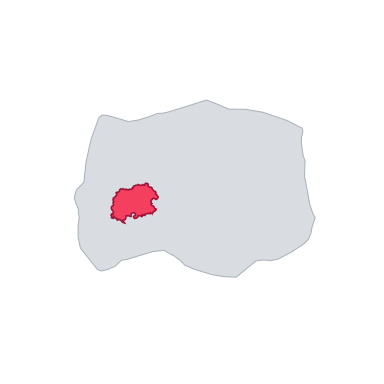 Qhoasing, Mohale's Hoek, Lesotho (highlighted), rotated 41°
{"feature_id": "5366337B8464119840521", "entity_name": "Qhoasing", "entity_type": "district", "adm_level": 2, "iso_a3": "LSO", "parent_name": "Lesotho", "parent_adm1": "Mohale's Hoek", "projection": "mercator", "projection_center": [27.882, -30.022], "detail": "fine", "context": "in_parent", "style": "filled", "palette": "rose", "viewbox_px": 384, "rotation_deg": 41, "n_neighbors": 0, "source": "geoboundaries", "source_scale": "gbopen_adm2", "svg_char_len": 6596}
<svg xmlns="http://www.w3.org/2000/svg" viewBox="0 0 384 384"><g transform="rotate(41 192 192)"><path d="M244.4,248.8L235.3,251.7L234.0,252.0L228.1,251.3L220.3,252.0L214.1,253.6L209.4,254.2L201.6,262.5L187.4,285.1L183.6,289.8L182.6,298.7L179.3,305.7L175.3,311.2L171.4,312.5L159.5,310.3L144.4,307.5L135.6,300.7L127.8,291.7L123.6,285.2L119.3,281.7L117.9,279.7L111.7,276.7L109.4,275.1L107.3,274.0L104.8,269.7L103.4,265.9L104.0,255.5L99.6,249.3L92.2,238.6L87.5,230.0L81.1,218.1L77.2,208.0L73.1,197.5L73.6,193.0L77.5,189.9L88.9,184.6L97.8,180.6L104.1,173.1L111.0,162.0L114.4,155.3L117.8,152.2L121.4,147.5L127.8,137.1L135.0,125.5L142.6,113.1L152.3,109.5L165.4,105.3L178.1,94.5L193.2,85.3L217.5,75.4L228.8,72.9L233.1,71.5L235.9,73.4L238.8,79.0L242.9,83.8L252.5,92.0L256.6,94.0L266.5,106.2L277.1,114.6L289.3,124.3L297.6,129.1L301.8,130.5L305.3,139.1L308.9,145.4L310.9,151.4L310.5,157.2L306.7,171.5L301.0,186.1L296.5,192.2L291.0,196.0L285.6,201.8L283.6,213.5L281.2,227.3L274.1,233.0L268.7,236.8L261.1,241.4L244.4,248.8Z" fill="#d9dde1" stroke="#a8b0b8" stroke-width="1"/><path d="M161.7,259.6L160.7,259.3L159.5,259.5L159.0,259.4L158.7,259.2L158.3,258.4L158.3,258.2L158.5,258.0L159.3,257.6L159.5,257.4L159.6,256.6L159.7,256.3L159.6,255.8L159.2,255.0L158.1,253.9L157.9,253.4L158.0,252.8L158.3,252.5L159.2,252.3L159.4,251.6L159.7,251.4L161.2,251.1L161.8,250.7L162.1,250.6L162.2,250.3L161.4,249.6L160.6,248.7L160.5,248.0L160.5,247.5L160.7,246.9L161.0,246.5L161.4,246.3L161.6,245.7L162.1,245.6L163.3,245.7L163.4,245.8L163.8,245.6L164.2,246.3L164.5,247.1L164.3,247.7L163.9,248.4L163.9,248.8L164.3,249.1L165.1,249.6L165.8,249.7L166.1,249.7L166.4,249.3L166.5,249.0L167.0,248.5L167.2,248.2L167.3,247.6L167.6,246.9L167.5,246.4L167.1,246.0L166.7,245.4L166.7,245.2L167.4,245.0L168.6,243.9L169.0,243.8L169.1,243.4L169.1,243.2L169.5,243.3L169.8,243.7L170.0,243.7L169.9,243.4L170.1,243.2L169.6,242.7L170.2,242.8L170.2,242.6L170.3,242.5L170.2,241.9L170.6,241.6L170.9,241.5L171.0,241.4L170.8,241.2L170.4,241.1L170.2,240.8L170.3,240.7L170.6,240.7L170.8,240.9L171.0,240.9L171.3,240.8L171.3,240.6L171.8,240.4L171.7,240.3L171.1,240.0L171.0,239.8L171.1,239.5L171.6,239.3L171.8,239.0L171.7,238.8L171.8,238.6L172.1,238.4L172.4,237.8L172.3,237.3L172.4,237.2L173.7,236.4L173.8,236.5L173.9,236.2L174.1,236.1L173.9,235.9L174.0,235.4L174.2,235.6L174.3,235.8L174.5,235.7L174.9,235.5L175.1,235.0L175.4,234.8L175.6,234.3L175.8,234.1L176.0,234.2L175.8,233.8L175.7,233.6L175.8,233.5L176.1,233.2L175.9,232.8L176.2,232.0L176.2,231.7L175.9,231.6L176.0,231.1L176.0,230.5L176.1,230.3L176.5,230.3L176.5,229.9L176.7,229.4L176.5,229.1L176.4,229.1L176.4,228.6L176.3,228.4L176.1,228.4L175.9,228.5L174.9,228.7L174.0,228.7L173.4,228.3L172.8,228.0L172.0,228.0L171.4,228.1L170.5,228.5L170.3,228.4L169.9,228.5L169.5,228.3L169.4,228.2L169.2,228.2L169.4,227.6L169.3,227.0L169.3,226.9L168.1,226.9L167.9,226.8L167.8,226.4L167.4,226.3L167.4,226.0L166.7,225.6L166.7,225.1L166.6,224.6L166.9,224.1L166.7,223.8L166.9,223.5L166.7,223.0L166.6,222.4L166.8,222.2L167.7,221.8L167.9,221.6L168.1,221.4L168.3,221.3L168.6,221.2L168.9,221.4L169.5,221.5L169.8,221.2L170.2,220.3L170.1,219.8L170.2,219.1L169.9,218.5L169.9,218.1L169.8,217.9L169.3,217.9L168.6,217.6L167.5,217.4L167.2,217.2L167.0,217.3L166.7,217.1L166.1,217.4L165.6,217.5L165.1,216.6L165.2,216.1L164.9,215.9L164.5,215.9L164.4,215.8L163.7,215.6L163.2,216.1L162.2,216.1L161.3,215.9L160.6,216.0L160.2,215.9L159.6,215.7L159.2,215.1L158.9,215.0L158.2,215.2L158.0,215.4L157.7,215.4L157.5,216.0L156.9,216.1L156.4,216.1L155.2,216.3L154.9,216.1L154.7,215.9L154.6,216.0L154.5,215.9L154.2,215.7L154.1,215.4L153.9,215.1L153.9,214.9L153.4,214.7L153.1,214.8L152.8,214.8L152.6,215.0L152.2,215.1L152.1,215.4L151.6,215.7L151.4,215.7L151.3,215.9L151.1,216.0L151.1,216.4L151.2,216.5L151.4,216.5L151.5,216.7L151.7,217.0L151.8,217.4L151.8,217.6L151.5,217.8L151.7,218.1L151.5,218.3L150.8,218.4L150.3,218.7L150.0,218.6L149.8,218.7L149.9,219.7L149.6,219.9L149.4,220.1L149.2,220.2L149.1,220.7L148.9,220.8L148.5,221.1L148.3,221.0L148.0,221.1L147.9,221.2L147.3,221.2L146.4,221.7L146.5,221.9L146.5,222.4L146.3,222.7L146.1,223.0L145.2,223.5L145.0,224.2L144.8,224.8L144.4,225.3L144.1,225.4L144.1,225.8L144.4,226.5L144.5,226.9L144.4,227.1L144.4,227.3L144.2,227.3L144.1,227.8L144.5,228.3L144.9,228.4L145.1,228.6L144.9,228.9L144.8,229.2L144.6,229.4L144.3,229.6L144.4,229.9L143.9,230.3L143.5,230.8L143.3,230.9L142.9,230.9L142.8,231.0L142.7,231.8L142.5,232.3L142.0,232.4L141.6,232.8L140.6,232.9L140.3,233.0L140.2,233.4L140.3,233.8L140.1,233.9L139.1,234.5L138.8,234.5L138.3,235.1L137.6,234.9L137.5,235.3L136.8,236.2L136.6,236.3L136.1,236.4L136.1,236.6L136.1,237.4L135.9,237.7L136.1,237.9L136.2,238.2L136.4,238.4L136.6,239.0L136.6,239.5L136.3,240.2L136.5,240.3L136.5,241.0L136.4,241.1L135.9,241.2L135.7,241.6L135.2,241.9L135.3,242.1L135.2,242.3L135.8,242.6L135.9,242.9L136.5,243.0L136.9,243.3L136.9,243.6L137.0,243.9L137.3,244.3L137.0,244.6L137.0,245.3L137.3,245.9L136.8,247.2L137.0,247.6L136.8,247.8L136.8,248.0L136.6,248.3L137.4,248.7L137.4,249.1L137.6,249.6L137.5,249.9L138.5,250.1L139.1,250.3L139.1,250.5L139.0,250.8L139.3,251.2L139.3,251.3L139.2,251.4L139.2,251.5L139.3,251.5L139.4,251.4L139.5,251.9L139.8,252.1L140.0,252.1L140.1,252.3L140.4,252.5L140.5,252.8L140.8,253.0L141.2,253.1L141.1,253.4L141.2,253.5L141.1,253.8L141.2,254.8L141.1,255.1L140.9,255.3L141.0,255.5L140.9,255.8L141.1,256.3L141.2,256.5L141.3,256.7L141.7,257.2L142.3,257.4L142.3,257.5L142.5,257.5L142.9,257.8L143.2,257.9L143.4,258.1L143.7,258.0L144.2,258.1L144.3,258.1L144.6,258.1L144.9,258.1L145.1,258.2L145.2,258.4L145.5,258.4L145.9,258.5L146.1,258.8L146.0,259.2L146.0,259.4L146.3,259.6L146.3,259.8L146.5,259.9L146.5,260.1L146.3,260.2L146.2,260.4L146.0,260.7L146.3,260.7L146.4,260.8L146.3,261.0L146.5,261.3L146.3,261.7L146.3,261.8L145.9,262.1L145.9,262.4L146.2,262.8L146.5,262.9L147.6,263.1L147.8,263.2L148.2,263.2L148.4,263.3L148.2,263.4L148.2,263.5L147.9,263.6L148.1,263.9L147.9,264.1L148.0,264.3L149.0,264.0L149.2,263.9L149.3,263.7L149.1,263.5L149.2,263.4L149.2,263.2L149.3,263.2L149.5,263.1L149.8,263.2L149.7,262.9L149.6,262.6L149.9,262.4L149.4,261.9L149.2,261.7L149.6,261.8L149.9,261.9L150.4,261.9L150.8,262.1L150.9,261.9L151.6,261.9L151.6,261.7L151.9,261.5L152.7,261.6L153.1,261.4L153.1,261.6L153.3,261.8L153.4,261.7L153.5,261.7L153.5,262.1L153.8,262.3L154.1,262.1L154.4,262.0L154.5,261.9L154.5,261.6L154.6,261.3L154.8,260.8L155.2,260.6L155.2,260.4L155.3,260.3L155.6,260.2L156.6,260.3L157.2,260.1L157.8,260.1L158.7,260.4L159.0,260.5L159.4,260.5L159.7,260.4L160.2,259.9L160.5,259.8L161.1,259.9L161.7,259.6Z" fill="#f43f5e" stroke="#9f1239" stroke-width="1.5"/></g></svg>